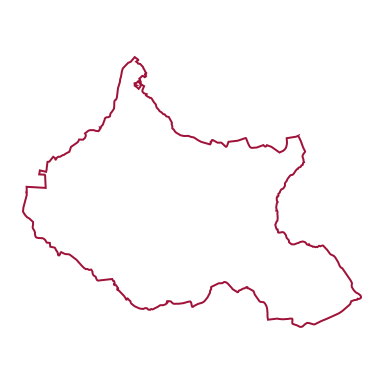 Sangeorgiu De Padure, Mures, Romania
{"feature_id": "2599482B81153426135249", "entity_name": "Sangeorgiu De Padure", "entity_type": "district", "adm_level": 2, "iso_a3": "ROU", "parent_name": "Romania", "parent_adm1": "Mures", "projection": "mercator", "projection_center": [24.904, 46.423], "detail": "fine", "context": "isolated", "style": "outline", "palette": "rose", "viewbox_px": 384, "rotation_deg": 0, "n_neighbors": 0, "source": "geoboundaries", "source_scale": "gbopen_adm2", "svg_char_len": 5965}
<svg xmlns="http://www.w3.org/2000/svg" viewBox="0 0 384 384"><path d="M358.7,299.0L360.5,298.3L361.0,297.5L361.0,296.8L360.5,295.5L358.5,293.8L355.8,292.4L353.7,290.1L351.8,287.0L351.7,285.1L352.0,283.1L350.7,280.5L342.4,268.4L340.9,267.5L339.8,266.2L338.1,262.1L335.1,257.2L333.7,255.8L331.2,254.7L330.0,253.8L327.2,249.9L323.1,245.6L322.4,245.5L320.3,246.3L319.1,245.8L317.4,247.1L316.6,246.9L315.7,247.2L313.7,246.6L312.9,246.8L312.0,246.1L309.9,245.5L308.9,244.2L308.7,244.3L308.6,245.0L307.0,244.5L305.4,242.4L303.7,241.7L302.5,241.5L300.2,242.0L298.3,243.0L296.7,243.4L294.3,244.4L291.7,244.3L289.1,242.4L289.0,241.0L288.7,240.1L286.6,237.8L285.9,235.1L284.1,232.7L283.4,232.3L282.3,232.1L279.9,232.6L278.4,232.6L278.0,232.1L278.1,231.1L277.4,230.1L277.6,229.4L276.5,228.9L276.1,227.9L275.3,224.9L276.6,221.5L277.4,220.8L277.7,217.7L277.4,213.8L277.5,211.8L277.2,210.7L276.3,210.6L276.6,209.6L276.2,207.5L276.8,203.4L277.7,202.1L276.9,201.0L276.7,198.0L277.0,197.3L277.1,197.5L278.5,195.7L278.3,194.0L279.8,192.5L280.1,191.4L281.2,189.5L283.2,188.5L284.5,186.8L285.0,185.4L284.9,183.6L285.3,182.7L286.9,180.6L287.5,179.0L290.0,175.7L291.1,175.0L292.4,174.9L293.5,174.0L295.9,170.4L297.0,169.2L297.9,168.9L298.5,167.7L300.4,167.0L300.9,166.5L301.4,165.4L302.7,164.9L303.1,162.9L304.1,162.2L303.5,160.9L303.4,159.2L302.6,157.0L302.5,155.9L303.2,154.3L304.8,152.2L305.1,151.4L303.1,147.4L300.9,141.3L299.2,137.6L298.1,136.0L298.2,135.8L296.1,136.7L286.7,138.2L287.0,143.0L286.6,145.7L285.8,148.0L284.7,149.5L283.2,150.8L279.5,152.5L271.4,146.8L266.9,145.2L266.3,146.2L265.3,146.6L264.4,146.1L263.4,145.1L256.8,147.5L251.8,147.9L250.9,147.6L250.1,147.1L249.2,145.7L248.0,143.2L246.2,138.6L246.0,138.2L245.3,138.1L237.8,140.7L228.5,141.8L227.0,146.0L226.4,146.7L225.7,146.7L221.9,143.1L221.0,142.6L217.6,142.7L212.9,140.1L212.2,140.0L211.7,141.1L210.7,141.6L210.6,142.0L211.0,142.7L210.6,143.0L210.4,144.1L210.0,144.4L201.3,141.9L198.2,140.3L194.0,137.5L190.3,136.7L188.7,135.9L184.0,136.0L180.6,135.3L175.8,132.4L175.0,131.5L173.6,129.4L172.3,128.4L172.3,126.0L171.6,124.1L172.0,122.9L168.8,117.0L166.4,116.4L164.6,114.3L163.4,114.2L161.2,112.1L159.6,111.2L158.4,109.4L156.6,107.5L155.8,104.4L153.8,102.1L153.4,101.2L152.9,100.8L152.3,99.5L151.6,98.5L150.9,97.9L149.8,97.9L148.8,97.0L147.7,96.7L146.0,95.4L146.7,94.2L144.0,93.3L142.9,92.2L142.4,91.4L142.4,90.2L144.1,86.1L141.3,84.5L141.1,84.7L140.8,85.7L139.7,87.5L138.6,88.8L136.8,87.1L134.7,85.7L134.9,85.2L136.1,85.1L134.7,84.4L134.5,83.9L134.6,83.2L136.4,83.0L138.3,81.1L138.8,81.5L139.1,82.5L140.3,84.0L140.9,83.8L140.7,81.7L139.8,79.3L139.3,78.8L142.3,75.9L143.3,76.1L144.7,77.2L145.6,76.7L146.1,76.1L144.9,74.4L145.0,74.1L146.0,74.0L146.2,73.6L146.2,72.8L145.4,72.0L144.2,69.4L143.5,68.6L143.3,67.6L142.7,66.6L140.1,63.9L138.1,63.6L137.5,62.7L136.2,61.6L138.2,60.2L138.2,59.7L134.7,57.1L130.7,61.8L128.1,62.9L122.8,68.4L121.9,71.4L121.0,76.6L120.2,79.2L119.9,82.0L118.0,88.2L116.9,97.3L116.2,99.4L115.2,100.1L114.5,101.1L114.3,102.0L114.2,106.8L113.9,108.8L112.2,111.4L110.5,113.5L109.9,116.4L108.2,117.2L106.6,117.3L105.5,117.8L104.8,118.6L104.7,119.7L103.6,122.4L103.1,124.2L102.5,125.1L101.5,126.0L100.6,127.9L100.1,127.7L100.4,128.6L99.5,129.4L99.3,130.4L98.3,131.2L95.6,130.8L93.5,130.1L89.7,130.2L88.4,130.7L85.0,133.4L85.7,134.7L85.8,135.9L84.9,138.0L83.0,139.7L79.1,139.5L78.2,141.6L76.9,142.8L71.0,146.9L69.4,151.7L65.4,153.8L64.1,154.8L62.5,155.3L59.9,156.8L58.7,156.7L57.7,157.1L57.0,157.6L55.7,159.6L55.4,159.5L55.0,158.1L53.2,156.8L49.4,161.6L47.5,161.9L46.7,168.1L46.7,169.1L46.1,171.8L39.9,170.4L39.2,174.4L44.7,174.7L45.1,175.5L45.7,187.9L26.6,186.8L26.8,192.4L26.3,192.4L26.8,194.8L23.4,207.6L23.0,211.6L24.3,213.8L25.6,215.6L27.2,217.3L29.2,218.4L33.1,222.0L33.0,225.1L32.7,226.5L32.7,227.7L33.3,229.1L34.3,230.6L35.0,232.6L34.9,233.7L35.5,236.5L36.0,237.2L36.7,237.6L38.3,238.0L42.7,238.2L44.5,239.3L45.4,240.3L46.7,242.6L49.8,242.9L50.3,246.7L54.6,247.6L55.2,248.2L55.9,249.9L57.2,251.7L57.9,253.4L58.0,254.7L58.4,255.3L59.2,255.4L59.9,254.4L60.4,253.0L61.2,252.1L64.5,253.8L65.7,254.1L68.8,254.3L69.8,254.7L76.4,259.7L82.2,266.2L84.2,268.1L85.8,269.1L87.4,269.0L89.0,269.9L91.2,269.6L92.4,271.4L92.6,273.5L93.1,274.7L93.8,275.6L95.6,276.7L96.4,278.9L97.1,280.1L98.1,280.6L112.2,279.0L112.7,280.1L113.3,281.0L113.9,281.0L114.6,282.5L114.6,283.2L114.0,283.7L113.9,284.4L114.4,285.0L115.0,284.6L115.7,284.9L118.0,288.0L118.1,288.7L117.2,289.1L117.2,289.6L117.7,290.1L118.4,290.2L119.6,291.3L124.2,296.1L125.8,298.6L125.9,299.2L126.3,299.6L126.7,299.6L127.1,298.6L127.5,298.4L127.9,298.7L129.4,300.4L130.4,301.2L130.8,302.8L131.3,303.6L134.7,306.3L139.6,308.5L143.0,309.0L145.0,308.2L145.8,308.1L147.0,308.3L148.3,309.6L149.1,309.7L150.2,309.8L151.2,309.0L152.6,309.4L157.8,306.8L159.7,305.5L160.6,305.2L163.0,305.2L165.5,304.4L166.5,303.4L166.7,302.6L167.1,303.0L167.6,302.4L167.7,301.9L167.5,301.2L168.3,301.1L170.8,301.4L172.8,303.4L174.2,303.8L179.1,303.7L183.1,303.2L188.8,301.6L190.3,301.5L191.1,302.5L192.0,306.6L192.9,306.9L194.1,305.9L198.1,303.9L202.2,302.7L203.6,301.9L205.0,300.6L207.6,297.3L209.1,294.3L210.0,292.8L210.1,290.8L211.2,289.1L211.0,287.8L211.3,286.9L218.7,283.3L222.2,283.2L224.0,282.1L224.8,282.0L226.4,282.5L227.8,283.6L231.7,287.9L232.7,289.2L237.5,292.2L238.2,292.0L238.9,290.6L241.1,289.8L242.8,288.7L244.6,288.3L246.8,287.0L247.4,287.2L247.5,288.2L248.5,288.3L253.2,290.9L253.7,291.5L254.8,294.6L259.5,301.3L260.7,301.9L263.5,302.2L264.3,302.7L265.4,304.1L266.5,306.3L267.1,308.5L267.5,313.0L267.5,316.7L268.0,319.7L277.3,318.6L278.5,318.9L282.6,319.3L288.4,318.9L289.8,318.6L292.1,318.7L292.4,319.2L292.5,320.1L292.2,322.4L292.3,323.1L292.7,323.9L297.4,325.5L299.8,326.8L300.9,326.9L302.5,326.5L305.0,324.2L307.1,322.9L308.9,323.0L313.6,324.4L314.8,324.3L321.4,321.0L326.6,318.9L337.9,313.8L340.4,312.4L342.7,310.7L349.2,305.1L350.2,304.0L351.2,301.3L354.3,300.1L356.9,299.8L357.7,298.7L358.7,299.0Z" fill="none" stroke="#9f1239" stroke-width="2"/></svg>